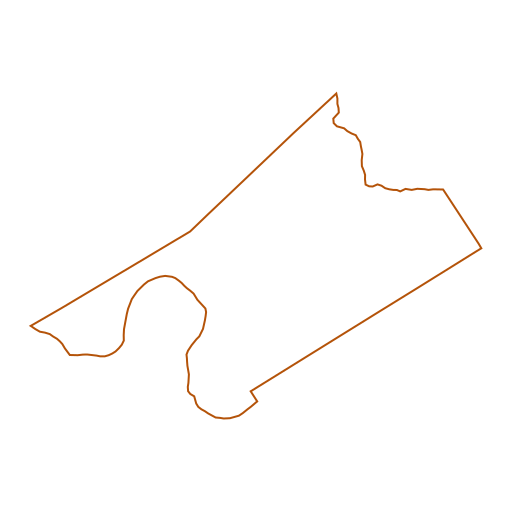 outline of Inhangapi, Pará, Brazil
{"feature_id": "56859067B74682309014302", "entity_name": "Inhangapi", "entity_type": "district", "adm_level": 2, "iso_a3": "BRA", "parent_name": "Brazil", "parent_adm1": "Pará", "projection": "albers", "projection_center": [-47.963, -1.457], "detail": "fine", "context": "isolated", "style": "outline", "palette": "amber", "viewbox_px": 512, "rotation_deg": 0, "n_neighbors": 0, "source": "geoboundaries", "source_scale": "gbopen_adm2", "svg_char_len": 1693}
<svg xmlns="http://www.w3.org/2000/svg" viewBox="0 0 512 512"><path d="M257.2,401.4L250.7,391.3L374.2,314.7L380.5,310.8L417.6,287.9L476.4,251.3L481.3,248.3L478.7,243.8L443.1,189.5L433.3,189.3L428.4,189.9L424.7,189.2L417.3,188.8L411.7,189.9L405.5,188.9L400.2,191.4L396.9,190.0L393.2,189.9L389.3,189.3L385.2,188.2L381.5,185.7L377.5,184.4L372.7,186.5L369.1,186.3L365.6,184.6L365.0,179.4L365.1,174.9L363.8,170.7L361.9,166.2L361.7,160.2L362.4,154.0L361.7,150.1L360.9,146.3L360.2,142.0L357.9,138.9L355.8,135.2L351.6,133.5L347.3,131.1L344.1,128.3L336.9,126.3L333.7,123.1L333.3,118.6L338.8,112.6L338.5,108.0L337.4,103.9L337.4,98.5L336.3,93.5L293.4,133.2L236.7,187.1L208.0,214.3L190.1,231.5L174.8,240.6L150.7,255.0L61.2,308.3L30.7,325.9L35.4,329.1L39.9,331.7L44.9,332.6L49.8,334.1L53.1,336.5L57.0,338.8L59.7,341.2L62.3,344.0L64.9,348.4L69.8,355.0L77.7,355.2L83.0,354.6L87.1,354.5L96.6,355.6L100.0,356.3L104.9,356.3L108.7,355.2L112.3,353.5L115.5,351.5L119.0,348.1L121.8,344.7L123.8,340.6L123.7,335.1L124.0,329.2L126.8,314.0L128.1,308.7L130.2,303.3L131.8,299.1L134.1,295.7L137.4,291.0L144.0,284.5L148.0,281.3L155.5,278.1L160.0,276.7L165.2,275.9L172.0,276.8L175.3,278.1L178.9,280.7L181.7,283.0L184.3,285.8L186.9,288.2L190.1,290.6L193.6,293.6L197.4,299.8L205.4,308.5L206.1,312.1L205.6,316.2L204.9,320.4L203.0,328.9L199.3,336.4L196.4,339.3L191.7,345.1L188.0,350.7L186.5,354.6L186.9,358.2L187.1,361.9L187.4,365.7L188.9,374.4L188.4,383.0L187.8,386.9L188.1,391.2L190.3,394.0L194.2,396.3L196.2,403.5L198.3,406.9L201.4,409.3L204.9,411.2L208.1,413.4L215.6,417.5L220.1,417.9L223.7,418.5L230.0,418.2L238.9,415.7L242.8,413.1L247.5,409.3L250.7,406.9L257.2,401.4Z" fill="none" stroke="#b45309" stroke-width="2"/></svg>